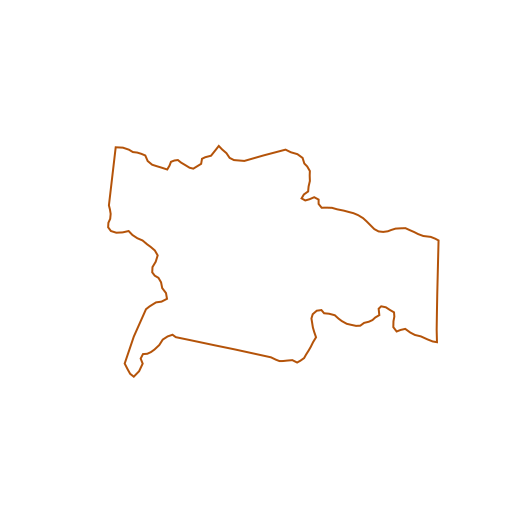 the district of Tubarão, Santa Catarina, Brazil, rotated 331°
{"feature_id": "56859067B23509848673749", "entity_name": "Tubarão", "entity_type": "district", "adm_level": 2, "iso_a3": "BRA", "parent_name": "Brazil", "parent_adm1": "Santa Catarina", "projection": "robinson", "projection_center": [-49.037, -28.479], "detail": "fine", "context": "isolated", "style": "outline", "palette": "amber", "viewbox_px": 512, "rotation_deg": 331, "n_neighbors": 0, "source": "geoboundaries", "source_scale": "gbopen_adm2", "svg_char_len": 2355}
<svg xmlns="http://www.w3.org/2000/svg" viewBox="0 0 512 512"><g transform="rotate(331 256 256)"><path d="M333.4,177.3L311.4,171.7L291.9,167.2L283.2,161.4L280.5,157.4L280.0,151.7L278.0,146.3L276.8,141.7L271.6,143.9L265.3,146.5L259.5,145.0L255.9,144.8L252.7,148.8L243.5,149.2L240.7,146.6L238.2,142.2L235.7,137.9L234.2,134.2L230.9,132.9L227.3,132.4L224.2,135.0L220.3,137.3L216.1,132.8L212.6,129.2L209.4,125.8L207.3,120.4L207.9,114.4L205.2,111.0L202.2,107.9L198.7,105.4L196.4,101.4L192.1,96.7L186.0,92.9L151.9,140.4L150.8,144.5L149.3,148.7L146.5,152.8L143.0,155.4L140.6,159.2L141.2,163.8L145.1,167.9L150.8,170.7L156.7,172.4L158.1,177.7L160.8,182.9L164.3,187.4L166.4,192.9L168.3,197.0L170.2,202.1L170.3,207.8L165.5,212.4L160.1,215.5L157.3,220.0L157.9,224.1L160.1,227.8L160.2,233.0L158.4,238.6L159.3,244.8L157.4,250.3L151.2,250.1L146.1,248.1L141.8,248.3L138.3,248.5L134.0,249.2L110.1,267.2L89.0,286.4L88.8,292.5L88.8,298.0L90.6,302.3L97.9,300.1L104.7,295.2L105.4,289.8L109.6,287.0L113.5,288.8L117.5,289.1L121.8,288.6L128.2,287.0L133.9,283.9L139.7,283.5L144.8,284.4L146.5,288.1L157.1,297.2L176.6,314.1L189.7,325.3L192.6,327.8L220.0,351.9L223.1,356.3L225.6,359.3L228.8,361.0L232.4,362.5L237.3,364.7L240.3,369.1L244.0,369.1L248.6,368.6L251.8,366.6L256.2,364.2L259.7,362.1L264.2,359.0L269.1,356.2L270.1,350.5L271.1,346.1L274.2,337.5L277.4,334.4L282.6,333.3L287.0,335.0L287.8,339.1L291.9,341.9L296.2,346.0L297.8,350.7L299.5,354.5L302.5,359.3L305.6,362.1L309.6,365.6L313.4,367.5L318.1,366.9L322.8,368.2L326.8,368.5L330.5,367.6L335.2,367.5L337.7,361.6L341.1,360.7L344.7,363.8L346.9,368.0L349.4,372.2L347.6,376.1L344.6,379.7L341.6,384.8L342.4,390.2L346.7,390.8L351.2,392.1L353.8,397.7L356.7,402.1L361.2,406.2L365.5,412.0L369.1,416.4L372.5,419.1L378.3,408.0L386.8,393.2L396.4,376.6L423.2,330.9L421.1,327.7L418.1,324.0L412.0,319.6L408.4,315.4L406.0,311.8L403.0,307.9L400.2,304.1L395.7,301.8L391.3,299.7L386.9,298.8L383.3,298.3L378.9,296.6L375.1,293.9L372.5,289.8L370.7,283.5L369.5,279.3L368.0,274.8L365.0,269.6L362.0,265.8L358.4,262.4L354.8,258.9L349.6,254.5L345.8,250.7L341.3,248.0L336.8,245.6L336.0,240.8L338.1,237.0L335.4,232.8L330.3,232.3L326.0,231.3L323.8,227.7L327.7,225.4L332.9,224.8L335.7,220.7L339.5,216.5L342.0,211.6L344.3,207.8L344.2,202.5L343.1,198.5L344.3,192.8L341.6,187.0L336.8,182.2L333.4,177.3Z" fill="none" stroke="#b45309" stroke-width="2"/></g></svg>